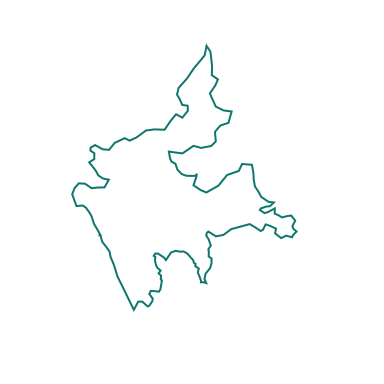 Ishtikhan, Samarkand, Uzbekistan, rotated 33°
{"feature_id": "79887680B73801633322119", "entity_name": "Ishtikhan", "entity_type": "district", "adm_level": 2, "iso_a3": "UZB", "parent_name": "Uzbekistan", "parent_adm1": "Samarkand", "projection": "albers", "projection_center": [66.584, 40.003], "detail": "fine", "context": "isolated", "style": "outline", "palette": "teal", "viewbox_px": 384, "rotation_deg": 33, "n_neighbors": 0, "source": "geoboundaries", "source_scale": "gbopen_adm2", "svg_char_len": 2479}
<svg xmlns="http://www.w3.org/2000/svg" viewBox="0 0 384 384"><g transform="rotate(33 192 192)"><path d="M207.4,322.5L206.6,313.3L210.0,311.0L217.2,312.1L218.1,310.7L218.2,305.3L217.3,302.9L211.7,300.8L211.3,297.4L215.4,295.1L218.5,293.7L218.5,290.8L214.9,282.5L213.5,282.4L211.6,279.0L208.3,278.4L208.4,275.0L204.1,274.4L201.7,272.9L198.5,269.9L196.6,266.5L194.7,266.4L194.8,263.5L197.2,262.1L201.5,262.2L204.3,262.3L207.2,263.3L207.3,258.0L207.4,254.1L210.3,250.3L214.6,248.5L217.1,246.6L219.5,246.2L222.3,246.3L227.1,247.8L229.9,248.4L232.3,250.4L234.2,250.4L235.1,252.4L239.4,252.5L240.7,256.4L244.0,258.5L247.8,261.5L248.7,262.9L250.6,261.5L253.5,260.6L249.8,258.1L247.9,253.2L248.6,246.0L247.2,241.1L244.5,237.1L241.1,237.0L238.8,233.1L236.9,231.1L237.0,226.8L231.9,222.7L227.6,220.7L226.8,218.6L227.2,216.3L236.3,216.1L241.7,210.9L245.2,201.7L257.9,187.5L266.0,187.2L270.8,187.3L272.1,185.2L271.4,179.1L276.2,177.8L282.4,177.0L284.2,181.4L291.9,182.1L294.8,177.3L300.6,175.5L300.2,173.1L301.2,168.2L296.9,167.6L294.8,165.9L294.2,159.8L288.1,157.7L285.2,160.1L281.3,164.3L277.4,164.4L273.1,165.1L270.4,160.7L266.4,167.8L264.4,170.2L258.7,170.1L258.8,168.1L262.2,163.8L265.1,161.5L266.3,156.2L261.3,158.6L252.7,158.4L247.9,155.7L241.8,153.1L237.0,148.0L233.4,142.9L227.4,136.5L218.7,141.3L219.8,148.8L212.2,158.6L210.7,172.3L204.3,184.6L198.2,185.7L189.6,185.5L187.3,176.7L186.1,174.1L186.1,176.6L178.6,181.4L173.7,182.6L167.6,181.2L162.7,177.3L158.4,177.7L155.4,175.9L150.6,170.7L155.5,168.4L163.0,164.8L168.1,152.5L175.6,150.1L183.1,142.9L184.4,136.6L178.5,129.0L179.6,120.7L184.9,114.2L181.4,102.9L174.0,106.4L165.4,107.4L153.3,99.6L153.5,89.7L152.4,83.4L145.0,83.2L140.3,75.6L133.1,66.7L130.7,64.1L124.6,61.5L128.2,70.5L127.2,79.3L126.2,87.3L126.0,99.2L125.0,106.0L124.1,112.0L126.4,118.5L130.9,120.7L136.5,124.3L141.3,122.0L144.3,126.1L143.4,134.9L136.3,135.5L135.3,144.3L135.1,154.7L126.3,160.0L119.9,165.5L115.7,176.6L111.7,182.9L106.2,183.5L100.4,193.0L99.5,201.8L93.9,204.8L85.2,205.4L82.8,210.1L84.3,212.6L89.0,212.7L92.1,217.6L89.6,223.1L95.1,224.9L99.8,226.6L104.4,229.1L109.9,229.2L115.5,227.0L116.1,235.8L110.5,239.6L105.7,243.5L97.8,243.3L92.3,246.4L91.4,252.8L92.8,259.2L100.5,265.0L102.9,266.7L107.7,262.8L111.6,262.9L117.9,265.4L121.0,267.1L127.2,272.1L137.3,277.2L138.0,278.7L138.8,278.0L141.2,280.4L144.3,282.9L149.7,284.6L155.2,286.8L158.9,290.7L166.4,295.8L175.3,303.3L182.9,307.8L207.4,322.5Z" fill="none" stroke="#0f766e" stroke-width="2"/></g></svg>